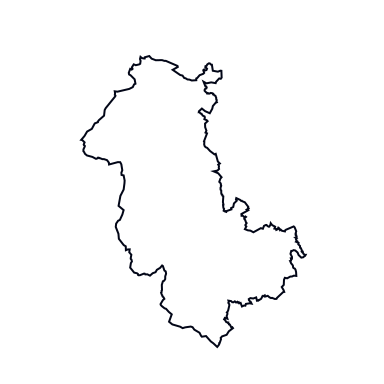 Borris-In-Ossory -Mountmellick Lea-6, Laoighis, Ireland, rotated 323°
{"feature_id": "5873133B47700529765173", "entity_name": "Borris-In-Ossory -Mountmellick Lea-6", "entity_type": "district", "adm_level": 2, "iso_a3": "IRL", "parent_name": "Ireland", "parent_adm1": "Laoighis", "projection": "mercator", "projection_center": [-7.469, 52.998], "detail": "fine", "context": "isolated", "style": "outline", "palette": "ink", "viewbox_px": 384, "rotation_deg": 323, "n_neighbors": 0, "source": "geoboundaries", "source_scale": "gbopen_adm2", "svg_char_len": 6085}
<svg xmlns="http://www.w3.org/2000/svg" viewBox="0 0 384 384"><g transform="rotate(323 192 192)"><path d="M118.9,330.9L121.3,330.3L122.5,329.7L122.7,329.1L123.3,329.2L126.6,327.0L127.1,325.8L129.1,325.4L133.7,326.9L137.6,325.4L142.8,325.4L142.8,324.1L141.9,323.7L142.4,321.1L141.9,320.1L142.3,319.8L141.9,318.4L142.4,318.0L141.1,316.6L141.3,314.1L141.0,313.0L142.5,312.3L144.0,314.5L144.9,312.0L146.8,310.8L147.6,309.7L147.4,309.2L149.4,308.5L153.6,305.0L154.2,304.1L154.3,302.4L155.2,302.0L155.7,300.7L157.6,302.7L157.8,304.2L158.7,305.0L160.4,305.1L160.7,306.8L162.2,307.0L162.2,308.1L163.0,308.2L162.7,309.3L164.1,309.8L163.0,313.5L165.3,314.0L166.2,314.9L167.7,313.8L171.1,315.6L172.4,317.0L172.8,314.9L172.5,314.5L172.4,312.6L172.9,311.7L174.8,311.9L176.8,313.9L179.8,314.8L178.5,317.8L179.6,318.1L179.5,318.6L183.0,318.9L185.6,317.6L185.7,318.0L187.9,318.3L187.4,319.5L190.0,320.5L190.5,322.8L191.3,324.3L192.2,324.7L193.8,327.3L195.2,328.2L196.2,327.7L204.5,326.8L205.5,327.3L206.1,325.5L206.5,321.9L209.4,321.4L212.6,317.5L214.5,316.4L216.1,318.2L219.6,318.7L221.1,319.7L223.0,320.1L224.8,321.8L227.0,318.5L227.9,316.3L228.0,315.1L227.3,313.8L227.5,312.8L228.2,311.7L228.4,310.3L228.2,308.8L228.8,306.3L229.2,306.6L229.9,306.3L230.8,305.4L230.7,305.1L231.0,304.5L231.8,305.3L232.8,304.0L233.4,300.7L235.8,298.8L236.4,299.3L238.2,299.6L239.3,300.9L239.9,303.9L239.2,306.5L239.8,310.2L241.7,311.1L243.8,310.7L244.6,311.6L244.3,310.9L244.9,310.6L244.3,310.2L243.8,308.3L244.1,307.3L243.9,306.9L244.3,306.5L243.8,306.3L243.7,305.5L244.5,305.0L245.2,302.3L244.8,301.5L245.8,300.1L245.4,297.8L246.5,296.8L245.9,295.8L246.2,295.4L245.7,295.0L246.1,294.7L245.5,294.2L246.2,294.0L246.4,292.6L247.3,292.2L247.2,291.5L247.6,291.6L247.4,291.0L247.9,291.3L248.5,290.9L248.3,290.5L249.1,289.6L248.8,289.0L249.3,288.0L249.8,288.0L249.9,287.4L251.6,286.1L252.7,282.0L252.5,280.7L244.4,278.7L243.3,278.7L242.5,279.4L240.5,277.1L240.2,275.3L239.3,275.4L239.7,272.8L239.5,272.4L237.9,273.3L236.5,273.0L236.9,272.0L235.8,270.8L237.5,269.7L236.1,266.7L236.1,264.3L235.0,265.3L232.9,266.2L232.4,265.9L231.8,264.6L231.7,263.2L230.9,262.7L229.1,262.4L226.5,264.0L225.2,262.3L216.8,261.1L215.4,258.0L213.5,256.2L211.9,253.5L214.7,252.2L214.5,251.0L214.7,250.5L216.9,249.7L216.8,248.9L217.6,246.5L217.5,245.2L217.8,244.6L220.1,244.4L219.9,243.7L218.7,243.8L218.2,241.2L217.3,240.8L218.2,239.3L225.6,240.4L225.9,240.4L225.2,239.0L227.4,239.1L227.4,238.1L228.0,237.7L228.0,232.0L226.5,229.5L226.5,229.0L225.9,228.6L225.7,227.3L223.7,223.5L222.6,224.4L222.5,225.9L218.6,226.4L215.9,228.8L213.5,228.4L213.0,229.6L208.0,228.0L207.4,228.5L207.1,228.1L207.2,227.4L206.5,227.2L206.0,226.0L207.5,224.7L207.5,223.6L209.0,221.0L209.5,221.1L210.6,218.7L214.4,214.3L214.1,213.4L214.6,212.3L214.2,211.9L214.5,210.8L216.3,208.3L216.2,207.4L217.3,205.8L219.1,204.6L219.2,203.8L219.8,203.2L220.1,202.2L219.9,200.3L222.7,198.4L224.5,198.0L224.2,192.8L221.7,188.5L225.2,190.2L227.5,189.9L228.0,188.7L229.2,187.5L229.4,185.9L231.4,186.0L231.0,183.2L233.9,175.8L232.6,175.5L231.1,170.2L230.7,165.9L229.9,164.5L229.7,163.2L230.3,161.4L232.1,159.3L232.0,158.8L239.3,154.2L238.5,152.7L240.4,151.7L241.5,148.2L243.6,145.2L247.1,144.8L247.0,143.6L245.7,141.3L247.2,140.1L247.5,139.2L246.5,137.4L246.7,135.2L246.1,134.6L245.9,132.5L245.5,132.3L246.1,131.7L250.1,131.3L251.1,135.3L253.6,139.8L258.3,137.7L260.4,135.9L264.4,135.0L265.9,135.3L266.0,134.3L267.1,133.5L267.2,132.4L268.0,131.4L268.6,129.2L268.0,128.2L268.1,126.7L267.6,126.6L267.8,125.5L266.5,124.1L265.3,124.0L264.1,122.4L263.9,122.9L263.3,122.4L263.6,121.7L263.2,120.7L263.0,118.7L263.7,117.9L264.8,117.5L265.8,117.9L266.7,117.3L266.9,116.2L266.3,115.6L267.6,110.9L268.9,113.9L273.3,116.0L276.4,119.3L277.5,118.5L281.3,117.8L282.1,117.7L283.1,118.9L284.5,118.5L288.4,112.9L287.7,112.2L285.1,111.5L281.6,107.7L284.5,102.3L283.8,101.6L283.6,100.0L282.9,99.4L281.0,99.3L279.5,100.0L278.5,99.6L277.4,100.8L278.1,101.5L278.2,102.6L276.9,103.3L275.7,102.9L275.0,101.4L274.3,101.5L273.4,104.2L272.2,104.4L268.4,103.3L264.8,104.1L263.7,103.9L262.7,105.3L258.9,102.8L257.6,100.7L256.1,99.4L255.3,97.3L254.4,96.3L254.5,93.3L253.0,91.5L250.1,82.8L255.9,83.6L256.3,82.6L250.0,71.5L248.9,70.7L247.4,68.6L242.4,65.0L240.0,61.2L239.7,57.7L235.4,56.0L234.6,56.9L234.1,56.6L232.6,54.9L232.2,53.1L230.5,54.5L229.8,56.4L227.8,58.4L226.6,58.3L223.4,56.9L222.3,55.0L219.1,56.2L218.7,56.6L218.8,57.5L218.4,58.0L217.4,57.9L216.7,56.5L213.2,58.8L212.5,60.3L213.2,61.8L214.0,67.5L212.0,71.5L210.5,71.2L207.8,72.6L203.9,71.9L192.8,67.0L190.9,65.1L190.0,66.8L188.8,68.0L188.9,68.9L188.3,69.4L173.5,73.1L171.6,74.0L167.7,78.1L160.8,78.6L159.0,79.2L158.8,79.6L155.6,78.7L150.0,81.3L144.6,80.6L139.8,82.6L134.9,83.7L135.6,84.5L136.1,87.7L134.1,88.9L133.9,89.5L134.2,90.5L133.8,91.1L131.0,92.6L129.8,94.1L129.9,95.5L129.5,96.9L130.1,99.6L133.6,104.1L135.2,107.6L136.0,108.1L137.7,108.0L138.1,109.0L138.5,109.0L140.2,111.8L141.5,112.8L143.3,115.4L143.3,118.5L142.3,120.1L150.7,123.5L152.6,125.0L152.2,127.4L149.4,132.7L147.2,134.1L146.0,136.0L147.4,137.6L145.1,142.3L143.3,144.4L138.9,148.9L132.5,152.0L125.0,158.9L126.5,165.3L122.8,168.1L117.6,170.9L115.7,170.5L112.4,171.6L110.1,174.0L108.1,181.1L105.4,185.4L105.5,193.3L106.4,195.5L104.2,198.7L106.1,199.2L107.7,200.3L105.6,202.4L105.8,205.6L103.1,208.1L102.8,208.7L103.0,209.5L102.2,211.3L100.4,212.0L97.1,215.2L97.3,221.6L99.1,223.7L99.5,224.8L99.0,225.9L99.2,226.3L100.3,227.1L104.6,228.3L105.1,228.8L105.1,229.7L106.8,230.9L108.1,233.5L111.7,233.2L114.6,234.1L117.1,233.0L120.8,233.4L123.9,232.7L124.2,233.6L122.7,238.1L123.2,239.6L122.1,241.7L119.9,243.2L118.2,245.4L116.4,246.1L115.0,245.8L112.0,248.0L109.0,252.3L108.2,252.6L107.6,253.6L106.7,253.8L106.0,256.1L106.1,256.7L105.6,257.7L105.9,259.0L105.6,260.7L103.8,260.8L99.4,262.6L99.1,263.4L99.2,264.9L100.1,268.4L101.0,269.7L101.3,273.7L102.2,277.5L95.6,281.8L96.6,285.9L101.5,292.5L102.6,295.1L105.1,296.0L110.0,298.7L111.1,300.3L111.0,303.3L113.3,308.9L112.7,312.3L112.8,313.5L116.5,315.5L117.1,322.7L118.0,325.7L118.9,330.9Z" fill="none" stroke="#020617" stroke-width="2"/></g></svg>